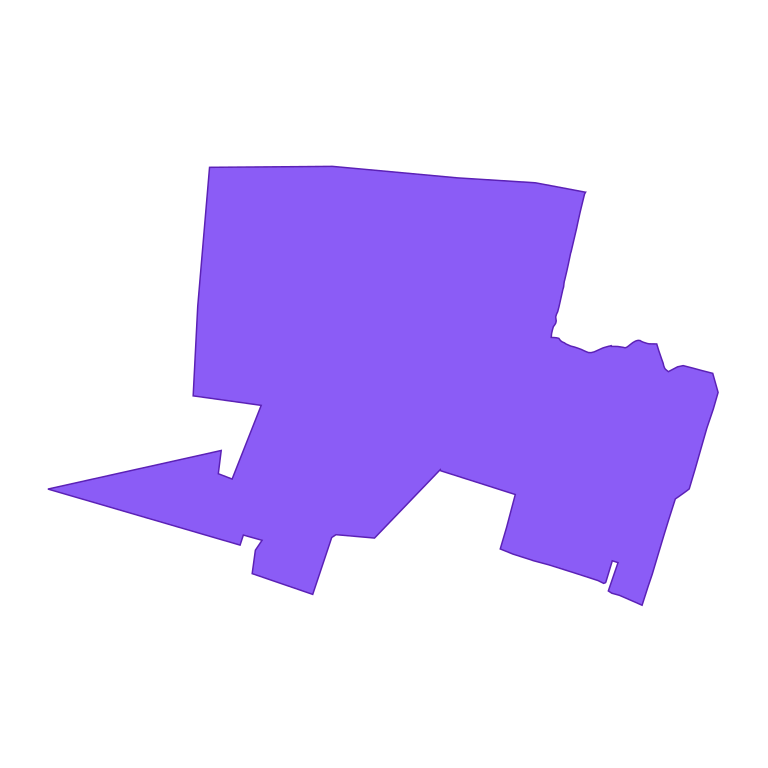 Santa María Guelacé, Oaxaca, Mexico, rotated 91°
{"feature_id": "50627088B91353096656527", "entity_name": "Santa María Guelacé", "entity_type": "district", "adm_level": 2, "iso_a3": "MEX", "parent_name": "Mexico", "parent_adm1": "Oaxaca", "projection": "mercator", "projection_center": [-96.612, 16.991], "detail": "fine", "context": "isolated", "style": "filled", "palette": "violet", "viewbox_px": 768, "rotation_deg": 91, "n_neighbors": 0, "source": "geoboundaries", "source_scale": "gbopen_adm2", "svg_char_len": 1905}
<svg xmlns="http://www.w3.org/2000/svg" viewBox="0 0 768 768"><g transform="rotate(91 384 384)"><path d="M167.3,439.4L168.0,466.2L170.4,562.2L309.6,571.6L399.2,574.6L407.5,506.4L481.7,534.2L476.6,548.1L453.3,545.6L476.4,641.4L494.9,718.2L547.6,525.1L537.5,522.0L542.4,503.2L552.4,509.7L575.9,512.5L595.6,451.6L538.4,433.6L535.5,429.4L538.2,390.8L468.6,326.2L469.8,325.7L491.8,252.2L492.2,250.8L525.1,258.9L546.9,264.9L551.9,251.9L557.3,233.8L558.0,231.8L561.9,216.2L568.0,195.6L568.2,194.9L569.2,191.5L576.8,166.6L579.5,160.9L578.8,159.1L578.1,158.7L558.0,153.0L556.8,152.7L557.2,151.2L558.5,146.9L587.0,156.1L589.2,152.6L591.2,144.9L600.7,122.1L581.8,116.4L569.6,112.5L553.1,107.9L530.0,101.4L513.8,96.7L493.8,90.7L491.7,87.7L487.7,82.3L485.9,79.9L483.6,77.0L463.9,71.5L441.0,65.4L422.4,60.4L403.3,54.3L386.6,49.8L367.6,55.5L365.0,66.4L362.7,75.5L360.4,85.2L361.7,90.8L366.7,99.9L364.4,102.8L363.4,103.6L361.0,104.6L358.2,105.3L354.0,106.9L345.7,109.9L339.2,112.0L339.2,114.2L339.2,119.5L338.9,121.4L337.7,125.4L337.0,127.2L336.1,128.6L335.9,130.6L336.4,132.6L337.2,134.2L338.3,136.0L340.2,138.4L341.8,140.3L343.1,142.1L343.6,143.6L343.2,145.3L342.4,151.0L342.4,155.2L342.4,157.3L341.7,157.5L341.8,157.9L342.1,158.7L342.3,159.9L343.5,163.9L344.1,165.7L346.4,170.6L348.2,174.4L349.0,177.4L349.0,180.1L347.8,183.3L347.6,183.6L347.4,184.2L346.0,187.3L344.6,191.3L343.7,194.2L342.8,198.0L340.7,202.9L339.7,204.3L338.8,206.5L337.5,208.3L335.3,210.0L334.8,212.2L334.6,214.3L334.5,217.6L330.6,217.3L326.8,216.5L323.8,215.7L321.5,214.1L320.0,213.3L317.9,212.9L316.0,213.2L313.9,213.5L311.1,212.7L308.7,211.6L303.8,210.4L286.3,206.8L283.8,206.1L280.3,205.8L278.2,205.5L276.7,205.1L267.5,203.1L261.6,201.9L249.5,199.6L248.8,199.3L224.8,194.1L220.1,193.2L208.8,190.9L204.3,189.9L190.6,186.8L188.7,185.8L188.7,186.1L180.2,236.0L176.6,314.5L167.3,439.4Z" fill="#8b5cf6" stroke="#5b21b6" stroke-width="1.5"/></g></svg>